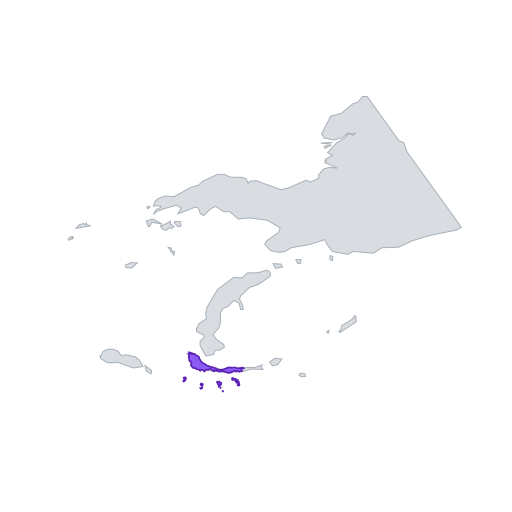 location of Namatanai District, New Ireland, Papua New Guinea, rotated 145°
{"feature_id": "67681753B4611744074236", "entity_name": "Namatanai District", "entity_type": "district", "adm_level": 2, "iso_a3": "PNG", "parent_name": "Papua New Guinea", "parent_adm1": "New Ireland", "projection": "albers", "projection_center": [152.429, -3.72], "detail": "fine", "context": "in_parent", "style": "filled", "palette": "violet", "viewbox_px": 512, "rotation_deg": 145, "n_neighbors": 0, "source": "geoboundaries", "source_scale": "gbopen_adm2", "svg_char_len": 9600}
<svg xmlns="http://www.w3.org/2000/svg" viewBox="0 0 512 512"><g transform="rotate(145 256 256)"><path d="M73.5,323.0L72.8,268.3L69.9,264.2L72.6,254.4L71.3,161.8L76.6,162.2L102.1,173.2L119.4,178.9L134.3,181.5L148.2,190.6L158.4,191.0L173.6,203.9L179.7,204.7L190.5,215.5L191.2,224.3L190.1,229.8L206.3,235.0L222.0,242.4L230.4,243.2L235.1,245.8L241.0,252.1L242.1,260.7L238.7,262.3L224.2,262.3L220.1,265.1L226.0,278.5L239.2,290.8L249.2,296.4L252.2,307.5L257.2,310.9L260.5,319.7L265.6,320.6L275.6,319.2L277.3,322.8L275.8,328.4L277.3,330.7L295.7,335.3L289.5,338.2L292.3,343.3L304.4,347.6L311.8,349.3L316.3,348.8L311.1,351.3L306.4,350.5L305.5,351.3L307.4,353.4L311.3,355.7L307.3,358.6L303.3,359.1L295.9,357.2L289.4,351.7L269.3,349.4L262.4,347.0L256.9,347.8L240.6,344.9L235.3,341.1L231.7,335.2L222.1,328.2L219.8,324.8L220.7,320.1L218.1,320.8L212.5,317.5L197.6,296.0L190.1,293.0L171.5,289.4L168.8,285.2L160.0,283.7L158.1,286.5L151.0,288.5L145.0,286.5L139.0,281.3L146.1,293.2L143.6,293.1L144.8,295.0L143.5,295.3L135.7,294.7L138.1,299.6L125.4,302.4L115.9,301.6L111.3,302.8L109.5,302.7L106.9,299.1L103.5,299.8L106.4,299.9L110.1,304.0L118.1,303.4L125.8,306.5L132.4,313.5L132.2,318.4L114.6,327.7L104.3,323.9L89.4,325.1L84.1,323.6L77.4,325.5L73.5,323.0ZM340.0,199.8L343.7,202.3L347.4,199.7L354.5,202.9L353.1,214.8L350.8,218.1L344.8,219.3L344.1,221.1L348.0,228.1L346.4,230.6L341.2,233.3L332.5,232.9L330.2,237.8L325.5,242.1L306.8,250.6L286.6,251.3L279.9,246.1L272.9,247.1L263.5,240.9L255.7,238.4L254.1,236.1L254.2,233.0L256.4,231.2L270.4,231.4L279.3,233.9L290.9,232.3L294.2,230.4L295.4,222.8L297.3,219.6L299.3,221.1L296.9,227.0L299.6,232.3L307.9,230.7L313.2,231.9L317.3,230.4L323.2,222.1L327.8,218.3L336.4,216.4L336.2,210.3L333.2,201.9L334.4,199.4L340.0,199.8ZM442.1,261.2L441.0,263.9L440.4,263.1L436.2,265.5L431.3,264.7L426.9,262.0L423.6,257.2L423.5,251.8L418.7,249.3L412.6,242.4L411.3,237.8L411.9,230.3L420.8,234.7L430.0,247.8L438.8,253.6L442.1,261.2ZM372.5,203.2L366.5,215.1L362.8,210.2L361.3,206.8L361.0,197.7L351.4,184.1L341.5,179.6L321.3,165.5L313.4,163.2L315.4,162.6L315.4,159.1L325.3,166.5L331.5,168.3L339.7,174.0L345.3,175.9L369.6,197.1L372.5,203.2ZM212.0,144.7L231.0,145.1L231.4,146.7L228.9,146.9L225.7,149.8L214.3,149.0L209.3,150.5L208.9,148.5L210.8,147.9L210.5,145.8L212.0,144.7ZM308.4,326.8L311.8,328.9L314.8,328.6L317.0,330.9L317.4,334.7L316.1,335.6L315.3,334.4L306.1,333.7L307.9,331.5L306.1,327.2L308.4,326.8ZM305.7,161.3L299.0,161.3L293.9,156.7L300.5,154.5L305.5,156.6L305.7,161.3ZM322.0,343.4L326.3,341.0L327.3,341.9L325.7,347.7L319.0,345.2L314.5,335.8L322.0,343.4ZM357.2,318.5L364.4,317.4L368.0,320.0L369.0,320.9L368.3,323.4L362.2,322.3L357.2,318.5ZM374.1,375.5L387.7,382.0L382.6,383.0L378.4,381.3L377.8,379.7L376.1,380.2L377.0,379.1L374.1,375.5ZM246.4,240.0L240.3,235.1L240.7,231.8L247.1,234.7L246.4,240.0ZM303.9,330.5L302.1,330.7L298.1,327.2L300.5,323.4L303.2,324.8L303.9,330.5ZM409.8,230.0L407.2,222.1L409.5,219.7L411.8,224.7L409.8,230.0ZM225.4,230.3L221.2,227.3L224.2,224.4L226.1,225.9L225.4,230.3ZM289.0,133.9L286.7,134.5L283.6,131.9L284.4,129.0L288.0,130.9L289.0,133.9ZM197.5,210.9L195.0,213.8L193.3,211.6L196.1,208.4L197.5,210.9ZM322.8,303.9L323.0,313.4L321.1,311.6L322.0,307.6L320.0,306.5L322.8,303.9ZM134.0,307.5L138.1,311.3L128.2,305.2L134.0,307.5ZM137.5,306.5L132.1,305.0L131.0,303.8L137.4,304.3L137.5,306.5ZM400.5,376.5L400.1,377.8L396.6,378.0L394.2,376.1L396.5,376.5L396.1,375.2L400.5,376.5ZM360.3,170.7L360.4,175.1L357.9,172.0L360.3,170.7ZM346.9,168.4L345.9,169.5L343.3,166.5L343.8,165.8L346.9,168.4ZM317.5,356.9L317.2,358.8L314.7,357.8L315.1,356.6L317.5,356.9ZM344.7,164.9L342.8,165.5L343.1,162.4L344.7,164.9ZM241.3,151.3L241.5,153.5L238.8,153.0L241.3,151.3ZM385.6,195.5L385.3,197.5L383.8,196.9L385.6,195.5Z" fill="#d9dde1" stroke="#a8b0b8" stroke-width="1"/><path d="M330.3,171.1L330.7,172.0L331.2,172.6L332.6,173.0L332.8,173.2L333.1,173.2L333.5,173.4L333.5,173.5L334.3,173.7L335.1,174.2L335.8,175.0L336.5,175.8L337.5,177.2L339.5,178.1L340.3,178.9L340.5,178.9L340.9,179.2L340.9,179.4L341.2,179.5L341.5,179.9L341.9,179.9L342.2,180.4L342.8,180.4L342.9,180.7L343.7,180.8L343.9,181.0L344.4,180.6L344.7,180.7L344.7,180.9L344.9,181.1L345.4,181.3L345.8,181.2L346.2,181.5L347.5,181.8L348.0,181.6L349.4,182.5L349.7,182.8L350.0,182.9L350.1,183.1L350.1,183.4L351.0,183.7L351.6,184.4L351.8,184.9L352.4,185.4L352.8,185.4L353.0,185.6L352.9,186.6L353.3,187.3L354.2,188.2L354.4,188.6L354.7,188.7L355.0,189.1L355.0,189.4L355.5,190.1L356.1,190.4L356.3,190.7L356.8,190.8L357.1,191.5L357.5,192.2L357.6,192.7L358.0,193.1L358.4,193.2L358.6,193.9L358.9,194.2L359.2,195.1L359.5,195.3L359.6,196.7L360.1,197.0L360.3,197.7L361.3,198.9L361.2,199.4L361.0,199.6L361.3,200.3L361.3,201.3L361.5,201.8L361.2,202.5L361.4,203.2L361.3,203.7L361.2,204.0L361.1,205.0L360.7,205.3L360.5,205.7L361.1,206.7L361.0,207.3L361.1,208.1L361.9,208.5L362.0,208.7L362.2,210.6L362.4,211.0L362.6,211.2L363.5,211.3L363.8,212.0L364.3,212.5L364.0,212.4L364.0,212.7L364.4,212.6L365.0,213.5L365.3,213.6L365.4,213.4L365.5,213.6L366.0,214.6L366.1,214.8L365.9,214.9L366.1,215.5L366.6,215.0L366.6,214.5L366.4,214.4L366.6,214.3L366.5,214.0L366.8,213.8L367.4,214.2L367.2,213.8L368.3,213.0L368.3,212.8L368.5,212.6L368.4,212.1L368.7,212.0L368.7,211.7L368.9,211.7L368.9,211.4L369.2,211.3L369.3,211.5L369.5,211.4L369.6,211.1L369.5,210.8L369.6,210.1L370.1,209.6L370.6,209.3L370.5,208.0L370.7,207.6L370.6,207.4L370.2,207.4L369.9,207.0L369.7,206.6L369.8,206.2L370.5,205.0L372.0,203.9L372.1,203.7L372.0,203.2L371.7,202.8L371.9,202.4L371.9,201.8L372.0,201.2L371.8,200.8L371.7,200.4L371.3,199.8L371.0,199.8L370.5,199.6L370.0,199.1L369.9,198.9L370.1,198.5L370.1,198.2L369.6,197.9L369.3,196.9L369.1,196.8L368.9,196.5L368.4,196.1L368.3,195.9L367.7,195.4L367.8,194.5L367.5,193.9L367.2,193.9L366.8,194.4L366.6,194.4L365.8,194.1L365.4,193.8L365.3,193.3L364.8,192.9L364.9,192.5L364.6,191.5L364.7,191.3L364.7,191.1L364.0,190.9L363.4,191.7L362.8,191.7L362.6,191.5L361.9,191.3L361.3,191.3L361.1,190.8L360.4,190.5L360.5,190.3L360.2,190.1L359.7,190.0L359.2,190.2L358.1,189.8L358.1,189.5L357.6,189.0L357.9,188.4L357.9,188.1L357.2,187.2L357.1,186.5L356.8,186.3L356.6,185.5L356.2,185.4L355.6,186.0L355.0,186.0L354.8,186.3L354.7,186.5L354.7,185.9L354.4,185.0L354.2,184.8L354.1,184.5L353.6,184.2L353.3,184.3L353.1,184.1L353.3,183.3L353.1,182.9L352.5,182.6L352.4,182.4L352.2,182.4L351.8,182.1L351.6,182.1L350.4,181.3L350.1,181.3L349.8,181.0L349.4,180.8L348.8,180.0L348.4,179.8L347.0,177.6L346.4,177.3L346.2,176.9L345.9,176.9L345.6,176.6L345.5,176.1L345.7,175.9L345.6,175.7L345.4,175.6L345.1,175.8L344.6,175.4L344.3,175.3L343.4,175.6L343.1,175.4L343.0,174.7L342.1,174.6L341.6,174.7L340.8,174.2L339.5,174.4L338.8,173.6L338.8,172.8L338.3,173.1L337.8,173.0L337.3,172.6L337.1,171.9L336.5,171.3L336.4,170.8L335.9,170.7L335.5,170.8L335.3,170.5L334.8,170.4L334.5,170.1L334.1,170.2L333.6,169.5L333.4,169.6L333.0,172.0L332.2,172.0L330.4,170.8L330.3,171.1ZM360.1,170.5L359.4,170.5L358.5,170.7L358.5,170.8L358.1,171.0L357.8,171.2L357.3,171.9L357.5,172.0L357.5,172.4L357.9,172.9L358.3,173.1L358.3,173.4L358.1,173.7L358.4,173.7L358.3,174.0L358.6,174.0L358.9,174.1L358.9,174.5L359.1,174.5L359.3,174.6L359.3,174.8L359.5,174.8L359.8,175.3L360.2,175.2L360.4,174.9L360.4,174.3L360.5,173.8L360.8,173.4L360.8,173.0L360.8,172.6L360.6,172.6L360.3,172.7L360.1,172.5L360.3,171.9L360.0,171.5L360.3,171.4L360.1,170.5ZM342.6,162.3L342.3,162.3L342.2,162.5L342.4,162.9L342.6,162.9L342.4,163.1L342.8,163.6L342.6,163.9L342.4,163.9L342.4,164.1L342.3,164.4L342.1,164.5L342.5,165.0L342.2,165.0L342.3,165.3L342.6,165.5L342.8,165.8L342.9,165.6L343.0,165.9L343.2,165.7L343.4,165.8L343.4,165.4L343.6,165.5L343.6,165.3L343.9,165.5L344.0,165.3L344.2,165.5L344.3,165.5L344.6,165.1L344.5,164.8L344.2,164.9L344.0,165.1L343.9,164.8L344.0,164.6L344.3,164.4L344.3,164.7L344.6,164.6L344.6,164.0L344.4,164.2L344.3,163.8L344.6,163.6L343.9,162.7L343.4,162.7L342.6,162.3ZM343.7,165.6L343.4,165.9L343.2,166.0L343.2,166.4L343.0,166.8L343.5,167.3L344.0,167.2L344.0,167.4L344.2,167.8L344.4,168.0L344.5,168.8L344.8,169.4L345.6,169.7L346.2,169.1L346.1,168.8L346.3,168.5L346.3,167.9L345.9,167.5L345.4,167.2L345.1,167.3L344.5,167.0L344.3,166.7L344.1,166.1L343.7,165.6ZM385.5,197.1L385.5,196.2L385.3,196.1L385.3,195.7L385.1,195.5L385.3,195.1L385.1,194.8L384.4,195.1L384.1,195.5L383.8,195.7L383.3,196.3L383.2,196.6L383.4,197.0L383.7,197.0L384.1,197.7L384.6,197.8L385.1,197.7L385.1,197.2L385.5,197.1ZM344.7,159.8L343.9,159.5L343.3,160.0L343.0,161.0L343.9,161.2L344.4,161.3L344.8,161.2L345.0,161.0L344.9,160.8L345.1,160.6L344.9,160.1L344.7,159.8ZM374.9,181.2L374.6,180.4L374.4,180.4L373.8,181.0L373.5,180.9L373.4,181.0L373.7,181.1L374.1,181.9L374.4,181.7L374.7,182.0L375.2,182.0L375.3,181.7L374.9,181.2ZM377.4,178.8L376.1,178.5L375.7,179.0L375.4,179.0L375.4,179.3L375.8,179.4L376.1,179.4L376.3,179.1L376.6,179.2L377.3,179.9L377.6,179.1L377.4,178.8ZM386.6,194.4L386.3,194.7L385.6,194.8L385.3,195.0L385.7,195.1L386.2,194.9L386.5,195.1L386.6,195.4L386.9,195.5L387.5,195.2L387.5,194.9L387.2,194.8L387.1,194.5L386.9,194.4L386.6,194.4ZM360.5,164.6L360.9,164.6L361.0,164.3L361.0,164.1L360.7,163.9L360.3,164.2L360.5,164.6ZM360.6,168.8L361.0,168.5L361.0,168.2L360.8,168.1L360.5,168.2L360.3,168.5L360.6,168.8ZM365.6,214.2L365.4,213.9L364.9,214.3L365.1,214.5L365.4,214.3L365.6,214.6L365.6,214.2ZM373.8,182.4L373.9,182.0L373.6,182.0L373.4,182.1L373.8,182.4ZM374.4,183.0L373.9,182.7L373.8,182.8L374.1,183.1L374.4,183.0ZM363.5,212.0L363.5,211.7L363.3,211.4L363.3,211.7L363.5,212.0ZM361.6,170.4L361.1,170.3L361.5,170.6L361.6,170.4ZM360.8,170.5L360.8,170.4L360.7,170.4L360.7,170.5L360.8,170.5Z" fill="#8b5cf6" stroke="#5b21b6" stroke-width="1.5"/></g></svg>